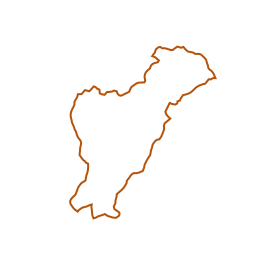 outline of Borebi, São Paulo, Brazil, rotated 24°
{"feature_id": "56859067B22613522920734", "entity_name": "Borebi", "entity_type": "district", "adm_level": 2, "iso_a3": "BRA", "parent_name": "Brazil", "parent_adm1": "São Paulo", "projection": "albers", "projection_center": [-48.988, -22.685], "detail": "fine", "context": "isolated", "style": "outline", "palette": "amber", "viewbox_px": 256, "rotation_deg": 24, "n_neighbors": 0, "source": "geoboundaries", "source_scale": "gbopen_adm2", "svg_char_len": 2612}
<svg xmlns="http://www.w3.org/2000/svg" viewBox="0 0 256 256"><g transform="rotate(24 128 128)"><path d="M68.5,117.5L69.0,120.6L68.4,125.8L69.5,128.3L69.6,130.9L69.4,133.6L69.5,136.6L70.0,138.6L70.8,140.6L73.5,144.1L74.6,145.8L78.3,149.1L79.8,150.9L82.2,152.7L84.0,155.0L86.2,157.0L88.7,158.2L90.3,159.4L91.4,161.0L92.6,166.2L93.5,168.6L94.7,172.3L97.4,174.0L100.2,175.5L101.9,175.8L103.9,176.8L106.0,176.8L107.3,179.4L108.4,182.4L109.1,185.8L109.2,187.8L109.8,190.3L110.5,193.2L109.5,194.8L107.8,197.3L107.1,199.9L106.7,202.3L106.8,205.0L107.1,208.4L107.0,210.8L105.9,213.1L104.9,216.2L104.9,218.4L106.1,220.5L108.2,221.9L110.6,223.3L112.5,224.1L116.1,224.8L116.4,223.0L118.7,219.3L122.2,216.5L124.2,214.2L126.0,212.7L126.6,214.9L127.7,216.6L129.6,219.8L130.7,221.9L133.2,224.6L135.0,223.1L136.6,220.9L138.4,219.3L140.0,217.9L141.9,216.0L145.0,216.6L147.9,216.3L150.5,216.0L153.5,215.0L155.3,212.2L155.4,210.4L154.4,208.7L151.9,208.2L148.6,207.6L147.0,205.7L147.1,201.7L146.1,199.5L145.6,196.0L144.7,192.9L147.3,187.4L148.5,184.0L149.1,179.0L148.4,176.6L149.3,173.2L149.8,170.4L150.4,168.5L151.8,166.7L153.8,166.0L156.2,164.3L157.5,162.7L158.9,161.5L158.9,159.5L158.8,157.5L158.1,154.6L158.2,152.3L158.3,150.1L158.7,146.8L159.3,143.9L158.8,141.5L158.1,139.2L158.0,137.2L157.7,135.2L157.3,133.1L157.7,130.9L158.1,128.9L159.3,126.9L161.2,125.6L161.8,122.9L161.9,119.9L161.6,115.4L161.1,113.4L159.9,111.3L159.6,108.9L162.8,102.2L160.0,101.3L157.4,99.9L155.5,98.0L155.9,88.1L158.4,88.2L161.6,87.4L163.0,85.5L162.4,83.4L164.3,81.8L164.1,79.7L164.6,77.4L164.9,75.6L167.6,73.5L170.2,70.9L171.8,68.1L173.7,63.2L175.9,60.1L178.7,57.4L180.4,56.2L181.0,54.3L181.9,50.7L183.9,49.9L185.5,47.7L187.6,46.9L185.9,45.3L184.5,43.9L182.7,42.7L180.8,41.8L178.9,41.5L177.0,40.5L175.4,38.2L173.6,36.4L171.6,33.9L169.4,32.8L167.4,32.1L164.9,31.2L163.2,31.4L160.6,32.3L159.1,33.0L156.9,32.6L154.0,33.2L151.6,33.8L148.3,32.7L145.6,31.4L143.9,33.1L141.9,33.3L140.1,33.5L138.1,36.6L137.4,38.2L135.8,39.3L131.1,39.8L129.1,40.2L126.9,41.3L124.6,40.8L122.9,41.9L121.5,44.8L121.8,48.5L121.2,50.5L120.9,52.5L123.8,52.3L126.4,53.0L128.7,53.7L128.5,55.8L125.6,58.1L124.3,59.7L123.6,61.7L123.8,64.8L122.7,66.8L121.7,69.7L121.6,72.0L122.4,74.7L123.4,76.2L124.6,78.0L124.3,79.8L122.7,80.5L120.2,81.8L118.4,82.9L116.5,85.6L114.4,89.3L114.3,91.5L114.3,94.5L108.7,101.2L106.5,101.8L104.4,100.8L102.8,99.1L100.0,99.5L98.6,101.2L96.3,102.6L94.2,103.7L93.1,107.2L90.2,107.9L88.1,107.8L86.3,104.6L83.8,104.6L81.6,103.8L79.8,103.9L78.8,107.1L77.7,110.2L73.3,110.9L72.3,114.3L71.7,116.0L68.5,117.5Z" fill="none" stroke="#b45309" stroke-width="2"/></g></svg>